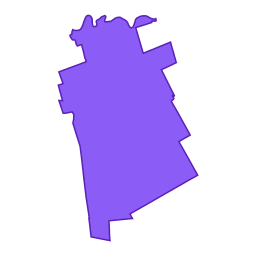 outline of Platonesti, Ialomita, Romania
{"feature_id": "2599482B5034818098207", "entity_name": "Platonesti", "entity_type": "district", "adm_level": 2, "iso_a3": "ROU", "parent_name": "Romania", "parent_adm1": "Ialomita", "projection": "mercator", "projection_center": [27.7, 44.591], "detail": "fine", "context": "isolated", "style": "filled", "palette": "violet", "viewbox_px": 256, "rotation_deg": 0, "n_neighbors": 0, "source": "geoboundaries", "source_scale": "gbopen_adm2", "svg_char_len": 2936}
<svg xmlns="http://www.w3.org/2000/svg" viewBox="0 0 256 256"><path d="M93.6,237.4L110.0,240.6L109.7,238.0L109.6,236.1L109.4,232.1L109.4,229.9L109.2,226.8L109.2,225.1L108.9,220.8L132.4,218.5L132.5,218.5L132.1,217.8L131.7,217.2L130.6,215.1L130.0,214.2L129.9,213.9L134.0,211.6L147.1,204.1L164.5,194.1L186.3,181.6L197.7,175.2L187.9,157.6L178.9,141.6L181.8,139.9L183.0,139.2L184.2,138.4L184.6,138.2L185.1,137.9L187.6,136.6L189.3,135.6L190.2,135.1L185.7,126.9L181.1,118.6L177.7,112.4L173.7,105.5L171.9,102.3L171.7,102.0L171.7,101.9L171.5,100.8L171.7,100.5L172.0,100.4L172.3,100.2L172.8,100.0L173.0,99.8L173.2,99.6L173.4,99.4L173.6,99.1L173.8,98.8L173.9,98.6L173.3,97.4L173.0,96.8L172.6,96.1L172.5,95.9L172.5,95.6L172.5,95.4L172.7,95.2L173.0,95.2L173.1,95.3L173.5,95.6L173.8,95.9L174.0,96.1L174.3,96.0L174.4,95.9L174.4,95.7L170.3,87.6L161.4,69.7L167.4,66.9L167.5,66.9L168.9,66.2L176.3,62.6L174.5,56.4L173.8,53.7L171.2,44.7L170.6,42.4L170.5,42.1L162.5,45.4L150.5,50.3L143.2,53.2L140.3,43.4L135.7,27.6L145.3,24.6L151.7,22.5L151.9,22.2L151.8,21.4L151.8,21.2L152.2,21.0L152.8,21.0L153.5,21.1L155.2,21.1L156.1,20.8L156.1,20.6L156.0,19.6L155.9,19.0L155.8,18.7L155.7,18.8L155.3,18.9L155.2,19.0L154.2,19.0L153.6,19.0L151.7,18.6L150.0,17.9L149.1,17.4L147.8,16.6L146.4,16.0L145.2,15.8L143.8,15.8L142.7,15.9L140.8,16.2L139.0,17.0L137.8,17.5L136.5,18.4L135.6,19.6L133.9,25.1L133.1,26.7L132.2,27.5L131.2,27.8L130.4,27.6L129.8,27.0L128.4,24.8L128.0,23.6L127.6,22.6L126.3,20.9L125.0,20.0L123.3,19.1L122.4,18.7L121.6,18.1L120.1,17.3L118.9,17.3L117.8,17.4L117.1,17.5L115.3,18.2L111.2,21.1L110.3,21.4L108.9,21.5L107.2,21.6L105.4,21.9L105.0,21.7L104.7,21.4L104.7,20.8L104.7,20.1L104.9,19.4L105.3,18.5L105.6,17.8L105.8,16.9L105.7,16.4L105.5,16.1L105.1,15.7L104.6,15.6L102.8,16.4L101.6,16.8L99.9,18.5L99.0,19.2L98.0,19.7L96.8,20.4L96.2,21.3L96.5,23.0L96.9,24.2L96.6,25.4L95.9,26.3L94.9,26.6L93.7,26.6L92.6,25.3L92.3,22.9L92.2,19.8L92.1,18.7L91.6,17.7L90.7,16.2L89.0,15.4L87.7,15.5L86.6,16.0L85.6,17.4L83.9,21.6L82.8,25.2L81.1,28.5L80.5,29.2L79.4,30.0L78.4,30.3L76.9,30.4L74.3,30.4L72.8,29.6L72.0,31.7L71.9,32.3L71.9,34.1L71.7,34.5L70.8,34.6L70.1,35.0L70.0,35.3L70.1,36.3L70.5,36.9L72.1,39.5L72.3,39.8L73.0,39.9L74.4,40.0L74.8,40.0L75.3,40.6L76.2,44.2L77.0,45.5L77.4,45.9L77.8,46.0L78.7,45.5L79.5,45.3L79.9,45.1L80.5,44.9L81.3,44.7L81.5,44.7L81.5,44.8L81.8,45.7L82.1,46.6L83.6,52.2L84.1,54.6L85.1,58.8L85.6,59.2L85.8,59.8L85.8,60.2L86.0,60.8L86.3,61.6L85.2,62.1L62.6,70.5L60.3,71.4L59.5,71.7L58.9,71.9L59.8,74.5L61.0,77.8L63.0,83.7L58.3,85.1L60.4,92.9L62.5,100.7L58.9,100.4L63.2,113.3L65.2,113.2L67.6,112.8L72.1,111.9L73.1,113.4L73.8,114.4L73.8,116.1L73.6,119.7L73.2,121.2L73.1,122.3L73.0,122.7L72.9,123.1L73.0,123.5L75.8,132.6L80.1,146.3L80.1,146.5L80.5,149.6L81.5,157.4L82.8,168.7L83.3,173.2L84.0,179.6L84.8,186.1L86.1,197.2L87.3,204.8L89.3,218.3L88.9,218.4L89.4,222.1L91.1,236.9L92.0,237.1L93.6,237.4Z" fill="#8b5cf6" stroke="#5b21b6" stroke-width="1.5"/></svg>